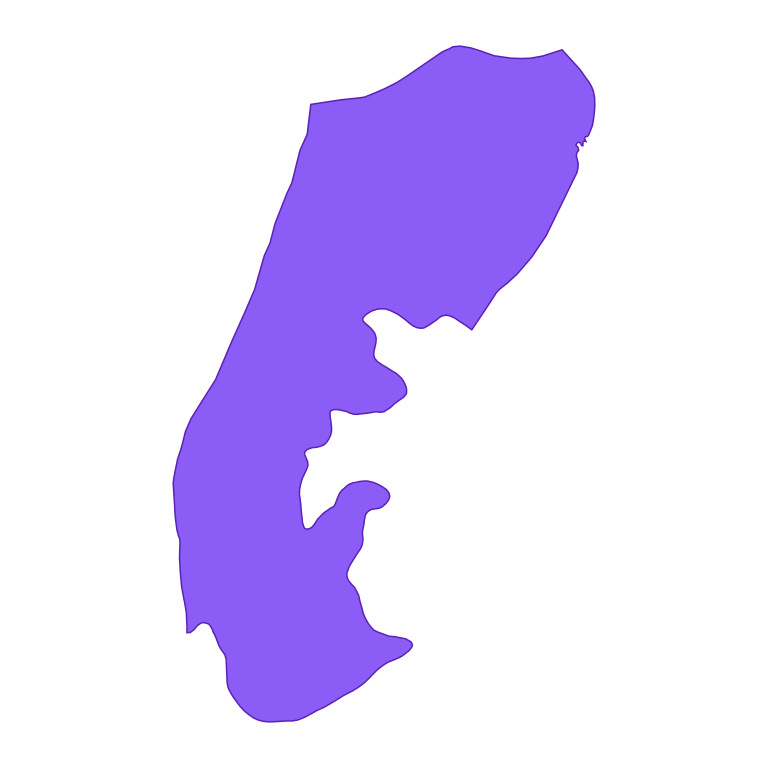 Nongbok, Khammouan, Laos
{"feature_id": "54806243B28884115571756", "entity_name": "Nongbok", "entity_type": "district", "adm_level": 2, "iso_a3": "LAO", "parent_name": "Laos", "parent_adm1": "Khammouan", "projection": "natural_earth1", "projection_center": [104.827, 17.05], "detail": "fine", "context": "isolated", "style": "filled", "palette": "violet", "viewbox_px": 768, "rotation_deg": 0, "n_neighbors": 0, "source": "geoboundaries", "source_scale": "gbopen_adm2", "svg_char_len": 4687}
<svg xmlns="http://www.w3.org/2000/svg" viewBox="0 0 768 768"><path d="M562.1,49.8L550.6,53.5L542.9,56.0L537.2,57.0L530.4,58.2L521.9,58.5L511.3,58.2L494.4,55.8L479.2,50.5L470.5,47.8L460.1,46.1L452.7,46.8L449.4,48.8L446.7,49.8L441.9,52.1L406.3,76.5L397.1,82.4L384.2,88.9L374.5,93.1L364.6,97.1L358.9,97.9L340.2,99.9L310.8,104.4L307.2,134.2L299.9,150.6L291.9,182.7L287.0,193.2L275.0,223.7L275.0,223.8L270.0,243.0L264.2,255.9L254.6,289.6L244.6,312.8L231.2,342.7L215.6,379.6L200.1,404.1L190.9,418.9L185.5,431.3L183.0,441.3L181.1,448.6L177.6,459.0L174.0,476.9L173.2,482.8L174.1,498.1L174.1,498.4L174.6,505.4L174.8,511.5L175.7,520.6L176.9,529.7L178.4,535.7L179.6,538.4L180.0,543.2L179.8,547.3L179.6,553.5L179.5,558.9L180.0,566.0L180.3,572.4L181.0,579.8L181.5,585.7L182.8,593.3L184.6,602.4L186.3,612.2L186.6,619.0L187.0,626.8L186.9,632.7L190.3,632.5L194.1,629.6L197.6,625.4L201.2,622.9L204.2,622.7L208.6,623.9L210.4,625.9L212.5,629.9L213.1,631.9L215.3,636.1L217.4,641.6L219.0,645.7L220.6,648.7L223.0,652.1L224.8,654.6L226.2,659.5L226.3,663.7L226.5,667.2L226.6,670.8L227.0,679.2L227.2,683.2L227.9,686.6L228.5,688.7L229.6,690.9L231.4,694.1L233.9,698.0L237.2,702.6L240.3,706.6L244.3,710.9L248.5,714.4L253.3,717.8L258.1,720.0L263.5,721.4L269.2,721.9L276.5,721.6L286.0,721.0L292.6,720.9L297.6,720.0L302.2,718.3L306.1,716.5L312.8,712.9L317.2,710.3L323.7,707.5L335.3,700.7L343.4,695.6L347.8,693.3L352.4,691.0L356.4,688.5L358.2,687.4L360.7,685.6L363.2,683.7L365.2,682.0L370.2,677.1L373.0,674.1L375.8,671.3L377.6,669.5L381.6,666.4L384.3,664.5L388.2,662.1L393.7,659.9L398.8,657.8L402.3,655.9L405.9,653.1L408.8,650.9L410.6,648.8L411.9,646.9L412.5,645.0L411.1,641.9L408.8,640.6L405.7,638.8L400.3,637.8L395.1,636.7L389.0,636.2L384.2,634.4L377.9,632.1L373.8,630.1L371.3,627.5L368.4,623.7L365.4,618.4L363.3,613.5L362.0,608.3L360.0,601.4L358.6,595.3L356.7,591.2L354.5,587.3L351.5,584.3L348.9,581.0L347.2,577.8L346.8,574.3L347.0,572.7L347.7,570.8L349.3,566.4L350.9,563.7L354.1,558.5L356.6,554.5L360.6,548.6L362.0,545.3L362.8,541.8L362.9,538.1L362.4,533.4L362.8,529.3L363.8,525.1L364.6,518.7L365.7,514.4L367.3,512.2L368.8,510.9L371.0,509.6L373.9,509.0L378.6,508.4L381.9,507.0L385.2,504.2L386.3,503.1L387.5,501.4L388.3,500.5L389.3,498.4L389.4,498.1L389.4,497.7L389.8,496.3L389.2,493.5L387.8,491.3L386.1,489.3L383.3,487.4L380.0,485.4L376.9,483.9L373.5,482.5L370.1,481.6L367.5,481.0L364.9,481.0L362.2,481.2L359.5,481.5L356.3,482.3L352.8,482.9L349.3,484.2L346.7,486.0L344.3,488.3L341.9,490.2L339.6,493.2L338.5,495.7L337.5,498.1L337.4,498.3L335.1,504.3L333.6,506.7L330.8,507.9L327.1,510.6L324.0,512.7L321.3,515.4L317.7,519.1L315.2,523.0L313.5,525.5L311.2,527.8L308.6,528.9L306.2,529.1L304.3,528.0L303.3,525.2L302.4,522.1L302.3,519.8L301.3,511.8L300.8,504.7L300.0,498.0L299.4,494.7L299.6,489.5L300.5,484.7L302.3,478.4L304.5,473.8L306.6,469.4L307.9,465.5L307.7,462.0L306.6,459.1L305.2,455.8L304.6,454.5L304.6,453.3L305.0,451.7L306.9,449.7L309.5,448.6L312.1,447.7L316.4,447.3L320.1,446.4L323.7,445.0L326.4,442.6L328.4,439.7L330.3,436.0L331.3,432.5L331.6,430.2L331.5,427.2L331.2,424.1L330.7,420.1L330.1,416.3L330.0,412.2L331.1,410.6L334.1,409.5L338.4,409.7L344.3,411.0L347.0,411.7L349.8,413.1L354.1,414.3L358.2,414.3L360.4,413.9L364.9,413.5L369.9,412.8L375.4,411.8L381.0,412.2L384.0,411.7L389.1,408.5L391.1,406.9L394.5,403.7L399.7,399.9L403.4,397.4L405.3,395.3L406.5,393.4L406.6,390.8L406.6,389.4L406.1,386.8L404.7,383.6L403.2,380.6L401.3,378.0L398.7,375.6L396.0,373.2L392.3,371.1L385.8,366.9L383.0,365.4L380.5,363.8L377.2,361.4L374.8,358.5L373.9,355.9L373.8,353.1L374.2,350.0L374.7,348.4L375.0,346.8L375.4,345.2L375.9,342.7L376.2,338.6L375.5,335.5L374.8,333.4L373.9,331.9L372.2,329.9L370.7,328.1L369.1,326.7L366.8,324.6L364.8,322.9L363.1,321.0L362.6,318.9L363.7,316.9L365.6,314.9L369.1,312.5L372.0,310.9L377.5,309.1L382.6,308.8L385.7,309.0L386.9,309.4L390.9,310.8L395.3,313.0L398.0,314.4L405.1,319.5L409.9,323.6L413.1,325.9L417.0,327.7L421.2,328.3L424.0,327.9L426.6,326.5L429.8,324.6L434.1,321.6L436.5,320.0L439.2,317.6L442.1,315.9L445.2,315.3L447.6,315.3L450.4,316.1L455.1,318.3L458.4,320.6L461.6,322.7L466.2,325.7L471.8,329.8L487.7,306.1L496.2,292.9L499.1,289.6L504.0,285.7L507.1,283.3L517.3,273.9L531.8,257.0L546.1,235.7L576.9,172.6L578.0,167.8L578.2,163.6L577.3,159.9L576.5,156.6L576.4,154.0L577.6,151.7L578.6,150.7L578.2,147.8L577.4,146.6L576.1,145.7L576.3,143.8L578.1,142.2L580.1,142.8L581.1,144.4L581.5,145.5L582.8,145.8L583.0,143.4L583.1,141.9L584.2,141.2L586.0,141.6L585.2,139.7L584.3,138.9L585.3,136.8L587.5,136.4L588.8,134.8L592.4,125.6L593.7,118.1L594.6,109.9L594.8,104.9L594.6,97.5L593.3,91.0L591.5,86.5L589.1,82.3L585.8,77.8L580.3,69.9L562.1,49.8Z" fill="#8b5cf6" stroke="#5b21b6" stroke-width="1.5"/></svg>